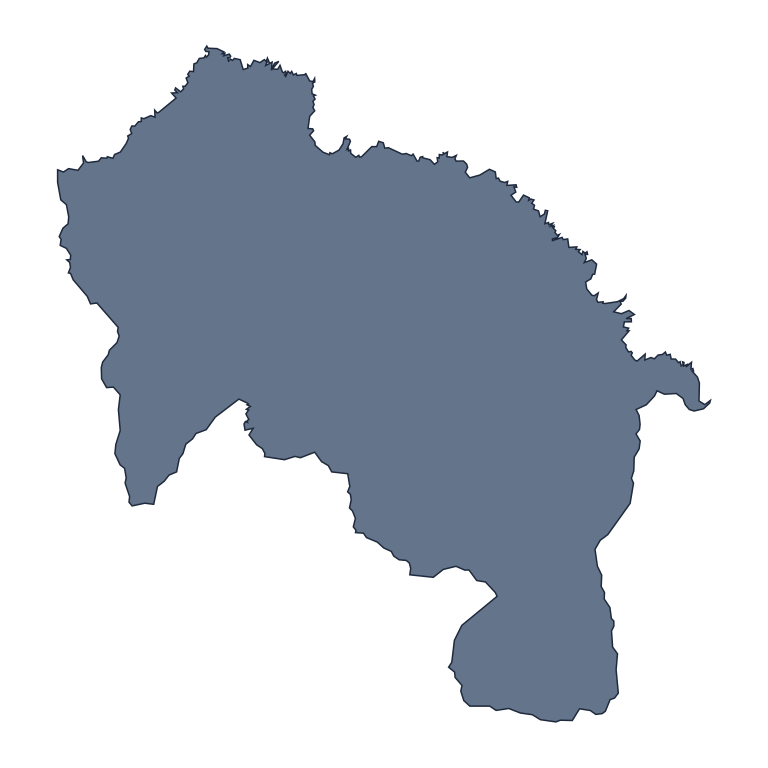 Nossa Senhora Da Lapa, Ribeira Brava, Cabo Verde (orthographic projection)
{"feature_id": "66160863B12848359802416", "entity_name": "Nossa Senhora Da Lapa", "entity_type": "district", "adm_level": 2, "iso_a3": "CPV", "parent_name": "Cabo Verde", "parent_adm1": "Ribeira Brava", "projection": "orthographic", "projection_center": [-24.326, 16.654], "detail": "fine", "context": "isolated", "style": "filled", "palette": "slate", "viewbox_px": 768, "rotation_deg": 0, "n_neighbors": 0, "source": "geoboundaries", "source_scale": "gbopen_adm2", "svg_char_len": 6005}
<svg xmlns="http://www.w3.org/2000/svg" viewBox="0 0 768 768"><path d="M710.4,400.4L704.8,404.6L699.0,401.0L699.4,383.1L697.5,377.2L692.1,371.1L693.5,371.1L692.9,368.5L691.0,369.0L691.5,362.3L686.0,366.9L687.1,364.5L683.6,366.0L684.0,362.4L682.6,361.9L683.2,364.4L681.2,365.9L680.1,361.7L678.5,362.7L675.6,359.1L671.2,359.0L670.2,354.3L666.7,355.2L665.4,352.0L662.4,354.5L658.2,355.0L654.3,358.8L651.0,357.5L644.8,360.0L645.2,354.1L637.0,361.1L634.7,359.9L631.1,355.2L632.3,352.9L631.1,351.4L628.6,352.0L625.8,347.6L626.1,344.9L621.4,339.9L629.1,330.8L626.9,330.7L628.7,328.2L623.4,326.9L624.4,321.9L631.4,321.8L631.2,318.5L626.1,318.6L634.4,314.5L629.0,310.5L621.4,313.7L613.7,311.8L621.2,304.1L620.2,301.4L623.0,301.2L625.7,298.1L626.0,295.4L623.7,298.6L617.4,301.7L605.3,303.5L602.8,303.3L603.1,301.8L597.9,302.3L596.5,299.6L598.2,293.0L594.3,295.7L592.0,295.3L586.8,289.0L585.6,282.1L590.9,278.8L592.6,274.4L594.7,274.1L596.6,264.1L591.8,259.8L584.3,262.6L586.3,258.5L585.1,254.4L587.6,254.4L587.0,251.8L585.2,253.1L582.9,251.4L582.0,254.6L578.4,251.8L580.1,249.6L575.7,249.3L576.8,246.9L568.9,247.4L567.7,238.9L563.2,239.6L562.1,237.4L552.5,240.6L552.4,238.9L557.5,237.6L559.4,234.4L557.4,235.3L554.9,232.5L555.8,230.7L553.5,228.5L554.2,226.9L552.8,227.3L553.7,225.4L550.4,226.3L552.7,223.3L548.8,224.7L548.5,222.5L544.9,223.7L547.7,210.8L545.3,210.3L544.5,213.9L540.1,216.7L538.5,210.9L533.5,209.1L534.5,205.3L531.7,203.2L534.0,200.0L530.8,199.0L528.7,200.3L529.3,197.8L523.5,195.1L518.7,202.1L516.1,201.9L511.0,195.2L515.8,192.1L514.0,186.9L516.7,187.3L516.1,184.8L506.9,185.4L507.7,181.4L504.6,182.5L500.0,181.1L498.5,178.1L496.2,178.6L495.3,171.9L489.4,169.3L479.7,175.1L469.7,177.8L465.3,172.2L467.6,167.3L466.7,164.2L463.5,161.0L456.1,161.1L454.9,158.9L456.3,155.4L452.2,157.4L446.9,156.6L447.5,152.0L444.5,153.6L442.6,152.3L443.9,153.9L442.2,155.0L439.3,154.5L439.2,158.0L437.1,157.7L437.8,161.8L434.4,164.3L430.1,159.7L422.6,157.8L422.7,156.6L420.2,157.2L418.8,160.9L417.1,161.2L413.1,154.1L411.3,155.7L406.2,153.5L402.3,154.2L388.4,147.7L384.8,148.2L383.3,142.8L378.7,141.3L376.7,146.6L371.8,146.6L361.5,156.8L359.6,157.1L358.8,155.3L355.8,157.3L350.8,153.4L350.5,150.0L348.6,150.9L348.5,148.6L347.0,149.4L350.4,141.4L349.5,139.2L345.4,138.9L346.7,136.4L344.1,137.9L343.0,143.8L339.0,150.1L332.3,153.8L329.9,152.7L329.4,154.7L323.0,152.2L315.2,145.4L314.9,141.9L309.6,135.2L313.6,130.8L312.7,128.8L308.0,128.5L309.7,116.3L314.7,110.8L312.9,107.5L314.1,104.5L312.9,101.3L315.1,99.1L313.4,96.0L315.4,95.2L312.1,93.8L311.7,89.3L313.4,86.3L312.5,83.1L314.8,82.0L314.6,78.5L313.0,81.5L309.7,81.0L305.5,73.1L305.5,74.6L296.9,75.4L296.3,73.5L293.4,74.9L291.7,71.4L290.2,73.4L288.0,71.3L285.7,76.5L284.5,74.9L286.1,73.5L285.6,71.3L283.5,72.8L282.3,71.8L280.0,65.3L277.7,69.3L272.4,68.9L278.8,61.4L274.5,63.2L271.4,70.3L272.1,62.1L265.7,65.5L266.8,62.1L269.1,62.0L267.4,58.1L266.3,61.4L264.4,59.6L259.9,62.6L253.9,60.3L250.5,66.5L247.7,64.6L247.8,68.1L243.2,69.5L240.2,59.7L234.3,58.4L232.7,60.4L230.6,59.2L228.6,61.1L227.7,57.7L229.6,58.0L230.7,56.2L229.2,54.1L223.7,55.8L224.9,53.2L222.3,53.7L223.9,51.9L217.0,48.6L208.0,48.2L206.8,46.1L204.6,49.5L205.8,51.4L209.0,51.7L208.6,54.9L206.4,57.1L205.5,55.5L203.9,57.9L199.3,58.4L196.8,62.8L193.9,63.9L193.5,71.6L189.8,71.2L187.7,74.3L189.2,76.1L186.1,78.1L187.9,82.7L185.1,86.3L182.8,86.3L183.6,88.9L180.7,91.8L175.6,87.9L174.8,90.1L177.4,92.7L171.6,93.0L176.1,98.1L158.7,112.4L157.0,112.8L154.7,110.2L155.0,117.2L150.8,115.6L143.9,118.7L141.3,117.9L141.2,121.5L138.4,121.8L134.8,126.1L131.8,126.0L130.2,129.5L131.7,133.6L127.7,136.0L128.5,138.3L126.2,143.5L120.4,152.0L114.6,154.5L112.9,158.3L107.3,156.7L106.9,158.2L101.3,157.8L98.5,161.2L88.4,162.5L86.3,161.9L82.6,155.6L83.5,163.0L78.0,170.3L68.6,168.6L63.5,172.0L57.6,169.8L57.6,182.4L60.8,199.9L66.4,204.6L68.7,216.8L68.1,223.8L62.9,228.2L59.2,236.6L61.1,239.3L60.2,245.4L66.3,248.3L70.7,255.2L70.3,259.5L66.8,259.9L69.7,262.5L70.5,267.4L68.4,272.9L70.6,273.5L73.2,279.8L87.3,296.4L90.5,303.9L96.9,303.0L118.2,327.4L117.5,331.6L119.2,336.0L117.0,342.6L109.4,350.2L108.2,354.8L102.7,362.0L101.3,367.5L101.6,378.8L106.6,387.6L113.4,387.1L120.2,394.8L118.4,409.6L120.2,430.5L115.8,444.5L114.9,453.7L120.1,464.8L124.6,468.4L126.2,477.9L125.1,483.1L129.6,496.5L129.0,502.2L132.1,505.9L144.8,503.2L153.7,504.3L157.5,486.4L164.3,481.2L169.0,475.1L176.6,471.9L179.3,458.4L182.9,453.7L185.8,444.2L192.5,438.9L196.0,433.5L206.2,429.7L215.3,417.1L238.9,399.1L246.8,402.8L248.4,404.0L247.0,404.8L250.4,406.4L246.4,409.3L248.6,410.0L245.9,413.9L248.8,419.5L247.1,420.7L247.6,422.4L245.4,421.5L244.0,424.0L245.0,430.2L253.1,428.3L249.0,435.0L256.7,444.9L262.2,448.5L264.9,453.3L264.5,456.6L284.5,459.7L295.0,456.4L300.5,457.7L314.7,452.2L321.6,461.7L328.3,465.6L331.7,471.9L347.7,473.7L349.8,486.4L347.6,491.9L350.4,494.4L351.2,499.8L349.5,508.0L352.5,511.0L355.4,518.4L353.3,526.9L356.0,530.3L355.5,532.6L363.5,533.2L366.5,537.6L377.3,542.1L383.8,548.0L391.3,551.4L393.8,556.2L399.2,559.8L406.2,560.4L409.3,563.0L410.7,568.4L409.8,574.8L433.3,577.3L443.3,569.4L456.0,566.3L464.8,570.1L469.0,570.0L476.7,580.5L485.5,582.0L495.3,592.5L497.1,596.3L461.8,625.4L454.4,640.3L451.8,662.2L448.6,667.2L454.6,672.1L455.1,677.4L462.0,685.5L460.8,691.1L463.8,700.6L469.8,706.1L489.7,706.1L496.1,710.4L508.8,708.5L520.3,713.0L532.3,714.7L540.4,719.7L555.9,721.9L560.4,720.2L572.3,720.5L579.5,708.8L590.3,710.5L595.8,714.4L602.2,713.6L605.4,711.2L610.1,699.6L614.5,698.1L618.3,693.1L616.1,669.8L617.5,653.8L612.6,647.0L611.5,630.9L613.9,626.0L613.8,621.0L611.4,618.6L609.9,607.5L604.2,599.0L604.5,592.5L601.2,586.6L601.7,575.2L597.4,566.2L595.0,549.3L600.2,540.3L607.8,534.6L630.1,503.4L633.5,483.2L631.4,478.4L633.8,470.8L634.2,457.2L639.1,448.9L640.2,441.0L636.0,433.9L639.5,429.5L640.1,424.3L639.1,415.5L636.1,409.5L646.3,404.8L654.5,396.0L657.0,390.8L664.4,394.2L676.2,393.5L683.0,398.4L685.3,404.8L689.3,409.5L694.1,411.0L703.5,408.8L709.7,403.0L710.4,400.4Z" fill="#64748b" stroke="#1e293b" stroke-width="1.5"/></svg>